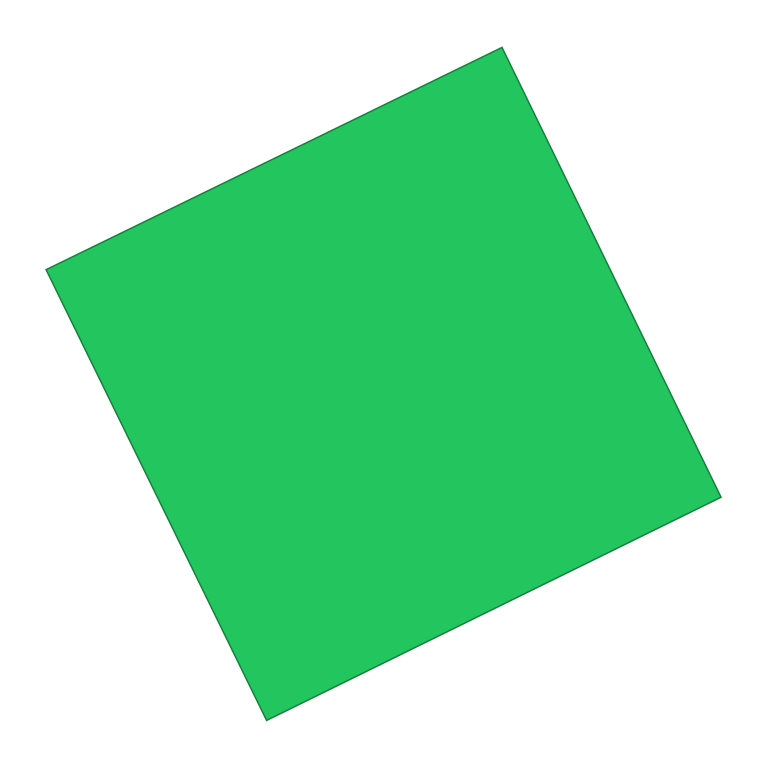 outline of Hutchinson, Texas, United States of America, rotated 334°
{"feature_id": "52423323B37064870430206", "entity_name": "Hutchinson", "entity_type": "district", "adm_level": 2, "iso_a3": "USA", "parent_name": "United States of America", "parent_adm1": "Texas", "projection": "mercator", "projection_center": [-101.408, 35.84], "detail": "fine", "context": "isolated", "style": "filled", "palette": "green", "viewbox_px": 768, "rotation_deg": 334, "n_neighbors": 0, "source": "geoboundaries", "source_scale": "gbopen_adm2", "svg_char_len": 231}
<svg xmlns="http://www.w3.org/2000/svg" viewBox="0 0 768 768"><g transform="rotate(334 384 384)"><path d="M130.4,133.1L131.0,634.9L637.3,633.5L637.6,133.2L130.4,133.1Z" fill="#22c55e" stroke="#15803d" stroke-width="1.5"/></g></svg>